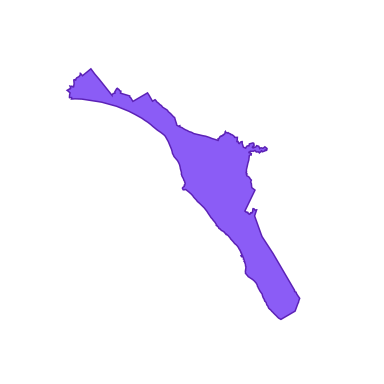 outline of Engures pag., Engures, Latvia, rotated 161°
{"feature_id": "27541924B28821818047362", "entity_name": "Engures pag.", "entity_type": "district", "adm_level": 2, "iso_a3": "LVA", "parent_name": "Latvia", "parent_adm1": "Engures", "projection": "orthographic", "projection_center": [23.212, 57.169], "detail": "fine", "context": "isolated", "style": "filled", "palette": "violet", "viewbox_px": 384, "rotation_deg": 161, "n_neighbors": 0, "source": "geoboundaries", "source_scale": "gbopen_adm2", "svg_char_len": 5982}
<svg xmlns="http://www.w3.org/2000/svg" viewBox="0 0 384 384"><g transform="rotate(161 192 192)"><path d="M275.6,319.1L272.3,318.2L265.9,315.7L252.0,308.4L248.1,306.3L235.4,297.6L225.4,288.9L220.7,284.0L215.4,278.1L213.4,275.3L211.1,272.4L208.9,269.0L207.7,266.8L204.6,261.8L202.1,258.5L200.0,255.3L199.3,253.9L199.0,252.8L198.0,247.3L197.5,239.0L197.6,236.9L197.9,234.7L197.6,233.2L197.5,231.7L197.4,231.2L195.8,227.2L195.4,226.0L195.0,223.4L194.9,221.8L195.1,219.4L195.4,217.8L195.6,214.1L195.8,213.4L196.3,212.3L196.2,211.6L196.3,210.3L195.8,207.3L195.8,206.6L195.9,206.0L195.5,204.7L195.7,204.0L195.6,202.8L195.7,202.2L196.2,201.7L196.5,201.0L197.1,201.0L197.5,199.8L198.7,199.5L199.6,199.0L199.8,198.8L199.7,197.1L199.0,196.7L197.1,196.4L195.0,193.1L193.3,190.1L192.4,187.9L192.2,186.9L191.6,185.4L190.5,183.0L190.0,181.3L188.4,178.6L185.6,173.0L184.1,168.6L183.8,167.1L182.8,163.4L182.4,161.7L181.6,159.9L181.2,158.5L180.1,155.8L179.7,153.8L179.5,152.8L179.8,152.5L179.3,152.2L179.4,151.7L179.1,151.2L178.7,150.6L178.4,149.9L178.4,148.8L177.6,148.1L177.5,147.6L177.3,147.5L176.7,146.0L176.0,145.5L175.0,144.2L174.9,143.9L174.5,143.6L174.1,142.1L173.5,141.3L173.7,141.1L173.7,140.8L173.5,140.6L173.2,140.9L172.7,140.2L172.6,139.8L172.1,139.2L170.9,136.0L170.8,135.5L170.8,135.4L170.8,135.2L169.1,131.3L168.5,129.4L168.2,129.1L167.9,128.4L167.5,128.0L167.4,127.7L166.6,125.9L166.1,123.8L166.1,122.9L165.7,122.2L165.6,121.5L165.7,121.3L165.5,121.0L165.5,119.9L165.3,119.4L165.5,119.1L165.2,118.5L165.2,118.0L165.4,117.8L165.2,117.3L165.3,117.1L165.1,116.9L165.1,116.6L165.4,116.3L165.2,116.1L165.3,115.8L165.5,115.6L166.4,115.8L166.3,115.0L166.2,114.9L166.2,114.7L165.5,114.3L165.4,114.4L165.5,114.6L165.0,114.9L164.9,114.8L165.2,114.5L164.8,113.3L164.9,112.0L165.1,111.9L164.9,111.7L164.9,109.9L165.0,109.5L165.3,109.3L164.9,108.9L165.1,108.1L165.0,107.9L165.1,107.5L165.0,107.2L165.1,105.9L165.3,105.3L165.3,104.9L165.5,104.5L165.3,103.9L166.2,101.8L166.6,101.2L166.7,100.5L167.2,100.1L167.6,98.8L167.6,98.2L167.9,97.8L167.2,95.8L166.7,94.8L166.5,93.8L163.1,89.4L162.0,87.5L161.0,85.0L160.7,83.4L160.6,82.8L160.8,81.7L160.6,80.9L160.5,79.8L160.5,79.0L160.2,78.1L160.1,76.8L159.8,75.6L158.9,72.5L159.1,71.4L159.1,68.9L158.6,66.7L158.8,66.4L158.6,65.5L158.7,65.0L158.4,64.7L157.9,63.4L157.9,62.8L158.0,60.9L157.4,59.4L157.4,58.2L157.3,57.1L156.8,56.4L156.8,56.0L156.2,55.3L155.7,54.1L155.4,53.2L154.5,51.6L154.4,51.1L154.0,50.4L153.7,49.7L152.6,47.6L151.8,45.8L151.1,44.5L149.4,42.6L133.3,45.8L128.1,52.2L127.6,52.6L127.0,53.3L126.7,54.0L124.8,56.4L125.9,60.3L126.3,62.2L126.2,63.3L127.4,64.5L127.4,65.0L127.0,65.5L135.4,107.5L140.3,127.0L140.4,129.9L140.6,149.0L136.7,154.1L137.4,154.3L138.0,154.2L138.4,154.4L138.6,155.0L138.8,155.9L139.4,156.3L139.7,156.4L139.9,156.2L140.5,155.1L140.7,154.4L141.0,154.0L141.0,153.6L141.9,153.2L142.0,152.8L142.5,152.8L142.6,153.0L143.2,153.3L143.4,153.2L143.8,152.7L144.6,152.5L144.6,152.2L145.0,152.2L145.6,153.0L145.6,153.6L146.1,154.0L145.9,154.7L146.0,154.8L146.9,154.9L147.1,155.1L147.2,155.5L147.6,155.6L147.7,156.2L148.2,156.8L131.8,173.3L133.8,176.3L134.0,177.0L133.1,180.8L133.3,182.3L132.0,183.9L132.7,185.5L133.0,187.1L133.8,188.4L134.9,189.5L134.8,191.1L134.7,191.4L134.1,191.3L134.5,192.8L134.0,193.2L134.1,193.3L132.9,196.1L132.5,196.6L129.8,201.0L127.9,203.7L126.0,207.7L124.5,208.2L124.0,207.8L123.4,209.0L123.9,209.4L124.0,209.8L124.5,210.2L125.2,210.4L125.3,210.9L125.1,211.2L124.3,211.2L123.5,211.6L123.0,211.3L121.5,210.9L121.0,210.5L119.2,210.8L119.0,210.7L119.1,210.4L118.4,209.7L118.2,208.9L116.3,208.4L116.1,208.0L115.6,207.9L115.3,207.5L115.4,207.1L114.1,207.6L113.8,207.6L113.6,208.0L112.9,208.4L112.4,207.7L112.3,207.1L110.4,207.1L109.9,207.2L109.5,207.7L108.9,207.2L108.6,207.5L108.5,207.2L107.9,207.1L107.5,207.6L107.3,208.4L107.0,208.4L106.9,208.7L108.4,211.0L110.3,210.3L111.2,210.4L111.6,211.0L113.0,211.4L113.7,211.0L114.0,213.5L115.8,214.8L117.1,213.8L119.9,213.8L120.3,214.6L119.7,214.8L119.8,215.1L119.5,215.4L118.6,215.3L118.2,215.8L117.9,216.3L118.1,216.8L118.1,217.1L117.7,217.8L117.8,218.1L118.5,218.6L122.1,218.8L123.1,217.1L124.0,217.5L125.5,217.4L126.7,216.2L127.1,216.4L127.2,216.2L128.8,217.6L128.7,221.9L128.1,223.0L128.2,223.4L129.4,223.5L131.6,222.4L132.0,222.8L132.0,224.8L133.0,224.9L133.1,225.2L132.2,226.7L131.3,228.9L133.4,229.5L133.9,229.8L133.7,230.2L134.5,231.8L135.8,233.5L136.6,233.7L136.9,234.6L137.7,235.2L138.6,236.4L139.2,236.2L140.7,237.5L140.7,238.3L141.3,237.9L141.3,237.4L141.5,237.0L142.2,236.3L142.9,236.1L143.2,236.2L143.9,235.9L143.9,235.7L144.4,235.8L144.6,235.6L144.7,235.4L144.8,235.4L145.2,235.3L145.6,235.2L145.6,235.5L145.8,235.5L146.4,235.3L146.9,235.5L147.2,235.2L147.5,235.2L148.1,234.6L148.4,234.5L148.6,234.2L149.2,233.7L150.0,233.9L150.1,233.7L150.1,233.3L150.2,232.5L150.6,232.2L152.4,233.7L155.6,236.0L158.0,238.1L160.9,240.3L163.4,241.7L171.2,246.6L173.0,248.6L175.0,250.0L176.5,251.7L177.9,252.9L179.7,255.0L180.4,256.0L182.3,257.6L182.1,257.8L181.9,258.7L182.3,258.7L183.1,258.4L184.5,260.0L184.7,260.3L184.4,261.5L184.4,264.1L184.2,268.2L185.0,269.1L185.5,270.4L186.3,272.1L186.6,272.9L188.3,275.7L188.4,276.5L188.8,277.6L192.3,281.9L192.5,282.9L193.0,284.0L193.9,285.1L194.7,286.8L196.1,289.0L196.3,290.2L196.9,291.3L199.8,290.7L201.1,297.4L201.8,300.2L218.4,296.9L219.3,301.2L219.9,301.9L219.6,303.1L227.4,308.7L226.9,309.5L227.0,309.7L226.6,310.1L226.4,310.5L227.2,311.1L227.4,311.4L227.7,312.7L228.7,314.1L228.9,313.7L229.6,314.2L232.4,311.8L232.6,310.6L234.4,310.8L236.1,309.8L236.2,309.5L243.0,328.7L245.5,335.1L247.5,341.4L257.7,337.6L258.8,340.5L259.0,340.6L259.5,339.1L261.3,337.9L263.8,337.5L264.9,336.7L265.6,335.7L266.0,336.0L266.2,336.4L267.3,336.4L268.2,332.8L269.7,330.0L270.6,330.3L270.8,330.8L271.1,331.2L271.8,331.0L272.9,331.8L272.9,329.7L273.9,329.1L274.0,329.4L277.0,328.8L276.2,327.6L275.0,325.4L276.0,323.9L277.1,321.4L277.1,321.1L275.1,320.5L275.4,319.3L275.6,319.1Z" fill="#8b5cf6" stroke="#5b21b6" stroke-width="1.5"/></g></svg>